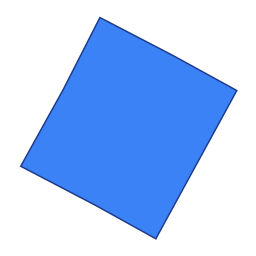 Shiawassee, Michigan, United States of America (Albers equal-area conic projection), rotated 209°
{"feature_id": "52423323B51018446031441", "entity_name": "Shiawassee", "entity_type": "district", "adm_level": 2, "iso_a3": "USA", "parent_name": "United States of America", "parent_adm1": "Michigan", "projection": "albers", "projection_center": [-84.175, 42.954], "detail": "fine", "context": "isolated", "style": "filled", "palette": "blue", "viewbox_px": 256, "rotation_deg": 209, "n_neighbors": 0, "source": "geoboundaries", "source_scale": "gbopen_adm2", "svg_char_len": 270}
<svg xmlns="http://www.w3.org/2000/svg" viewBox="0 0 256 256"><g transform="rotate(209 128 128)"><path d="M49.9,44.6L50.0,49.6L51.0,213.5L123.2,213.2L206.1,211.0L203.3,130.1L203.3,42.5L119.8,44.6L49.9,44.6Z" fill="#3b82f6" stroke="#1e3a8a" stroke-width="1.5"/></g></svg>